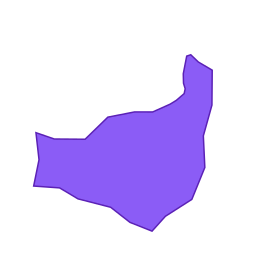 the Unitary Authority of Wokingham, rotated 19°
{"feature_id": "GBR-5701", "entity_name": "Wokingham", "entity_type": "Unitary Authority", "adm_level": 1, "iso_a3": "GBR", "parent_name": "United Kingdom", "parent_adm1": "", "projection": "equal_earth", "projection_center": [-0.911, 51.451], "detail": "fine", "context": "isolated", "style": "filled", "palette": "violet", "viewbox_px": 256, "rotation_deg": 19, "n_neighbors": 0, "source": "natural_earth", "source_scale": "10m", "svg_char_len": 501}
<svg xmlns="http://www.w3.org/2000/svg" viewBox="0 0 256 256"><g transform="rotate(19 128 128)"><path d="M103.8,211.3L82.8,206.9L57.7,213.6L54.2,187.0L42.5,162.4L61.9,162.4L91.1,152.6L105.4,124.3L128.9,110.7L146.1,104.8L160.1,91.7L164.7,86.1L169.9,77.2L169.3,72.3L165.9,67.6L162.6,58.7L160.1,40.9L163.5,38.3L173.0,42.7L188.8,45.9L199.9,79.0L201.8,110.9L213.5,140.3L211.6,174.7L192.1,199.3L184.3,217.7L160.6,216.6L137.4,208.6L103.8,211.3Z" fill="#8b5cf6" stroke="#5b21b6" stroke-width="1.5"/></g></svg>